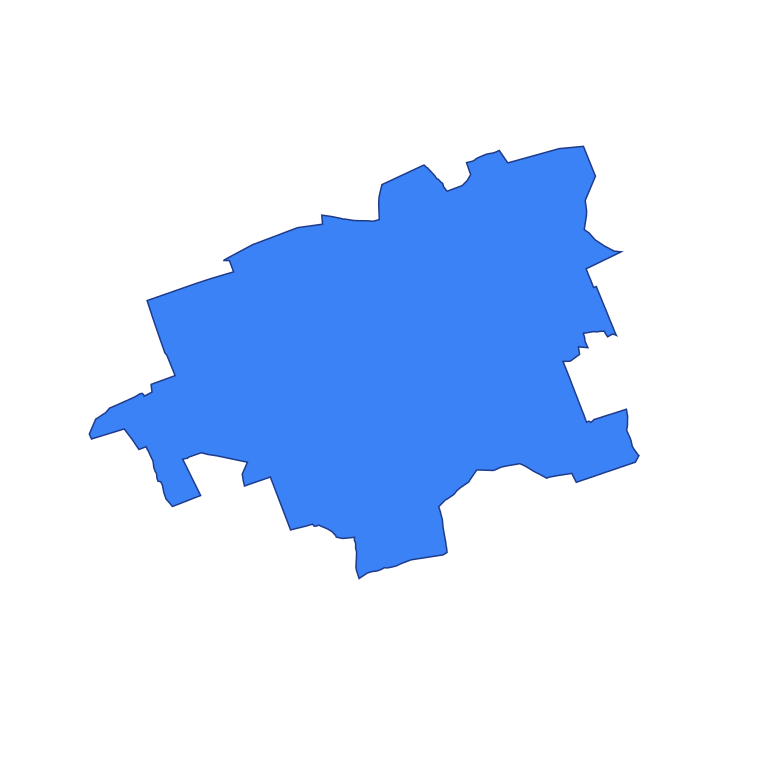 Tunkás, Yucatán, Mexico (Mercator projection), rotated 243°
{"feature_id": "50627088B40114968381237", "entity_name": "Tunkás", "entity_type": "district", "adm_level": 2, "iso_a3": "MEX", "parent_name": "Mexico", "parent_adm1": "Yucatán", "projection": "mercator", "projection_center": [-88.776, 20.896], "detail": "fine", "context": "isolated", "style": "filled", "palette": "blue", "viewbox_px": 768, "rotation_deg": 243, "n_neighbors": 0, "source": "geoboundaries", "source_scale": "gbopen_adm2", "svg_char_len": 5581}
<svg xmlns="http://www.w3.org/2000/svg" viewBox="0 0 768 768"><g transform="rotate(243 384 384)"><path d="M565.7,349.0L567.8,330.2L567.3,304.4L567.1,298.1L566.7,297.5L564.1,302.3L552.2,300.9L556.3,278.9L558.6,264.4L565.9,210.8L546.7,207.8L529.8,205.4L511.3,202.9L508.2,203.6L486.3,201.7L489.4,176.3L482.1,173.6L482.0,164.8L483.5,165.0L485.4,164.3L486.1,162.3L485.6,156.2L486.8,132.7L487.1,128.5L486.1,126.2L485.0,123.3L484.7,122.4L484.5,119.4L483.9,115.2L483.6,111.2L473.2,98.7L467.8,98.4L461.9,132.1L449.2,134.4L436.9,135.9L436.1,143.6L432.7,143.3L431.7,143.6L423.4,143.2L420.9,143.3L419.4,142.9L413.8,140.9L410.0,140.4L407.4,140.6L403.0,138.9L400.0,138.5L398.3,140.7L394.3,140.6L391.6,139.8L387.1,138.5L380.6,137.6L370.9,139.9L367.9,170.0L408.4,170.5L407.1,175.3L407.5,176.7L406.9,181.3L405.7,190.0L401.1,195.2L395.8,202.6L376.3,226.8L368.1,216.8L361.4,214.6L356.4,213.4L356.1,216.0L352.7,240.5L296.4,234.5L292.4,251.8L292.2,253.6L291.7,255.4L291.5,256.7L288.9,257.3L288.0,259.7L287.9,261.8L285.7,263.5L280.5,267.9L277.6,269.7L275.6,270.9L273.3,271.4L271.0,272.1L269.2,272.0L265.2,276.9L261.4,286.5L260.8,288.2L260.2,287.8L258.5,286.7L254.8,286.4L250.5,284.1L247.0,283.4L244.4,282.0L240.6,279.9L233.7,275.9L231.2,275.0L222.0,273.5L223.0,281.9L223.1,283.5L222.3,288.3L221.0,291.6L220.5,293.3L220.3,295.1L220.1,296.9L220.0,298.8L220.2,300.7L219.2,302.5L218.4,304.0L217.0,309.3L216.3,312.7L216.2,317.8L215.3,325.5L215.1,328.1L204.9,359.2L205.3,363.7L209.6,365.4L211.5,365.8L215.1,367.2L222.2,369.3L229.3,371.5L236.6,374.4L244.7,376.2L249.9,377.1L252.9,386.2L252.8,388.0L253.9,396.3L255.7,400.1L255.8,400.3L257.0,405.4L258.2,415.0L259.5,417.0L262.3,422.1L265.3,427.7L257.4,442.0L257.0,443.9L256.8,450.4L255.6,455.1L251.4,468.7L250.5,469.6L247.2,472.2L246.3,472.8L245.4,473.4L244.9,473.7L242.0,475.5L241.5,475.8L240.1,476.6L239.1,477.2L238.1,477.9L235.0,480.0L234.0,480.9L232.1,482.2L231.1,482.9L230.3,483.4L228.0,485.0L226.2,486.2L226.2,486.8L226.0,489.0L225.3,491.3L224.9,492.7L224.2,494.9L224.0,495.8L223.2,498.3L222.9,499.0L222.7,499.7L221.7,502.8L221.2,504.3L220.9,505.1L220.2,507.2L220.0,508.0L219.6,509.0L219.1,510.8L217.3,510.7L214.6,510.7L209.1,510.7L208.9,512.3L208.2,517.1L208.1,517.9L207.4,522.4L207.1,524.8L206.4,529.3L206.0,532.6L205.8,533.7L205.6,535.3L205.4,536.0L205.3,537.7L205.1,538.6L204.9,539.9L204.8,540.8L204.8,541.0L204.7,541.7L204.6,542.5L204.3,544.2L203.9,547.0L203.6,549.2L203.3,550.8L202.9,553.9L202.7,555.5L202.3,558.5L202.0,559.7L201.8,561.8L201.5,563.7L201.1,566.6L201.0,567.1L200.4,571.2L200.2,572.5L202.7,576.0L204.1,578.1L204.5,578.7L205.7,578.1L206.1,578.0L208.1,577.9L208.7,577.8L210.1,577.5L210.9,577.4L212.2,577.2L214.7,577.0L215.8,577.0L216.9,577.2L218.6,577.7L221.0,578.3L223.5,578.7L224.9,578.8L226.1,578.8L228.6,579.0L231.2,579.1L232.0,579.1L233.1,579.5L234.9,580.9L236.4,582.0L236.7,582.2L238.6,583.2L240.0,583.9L241.0,584.4L243.7,586.0L245.4,586.7L248.2,587.4L248.9,587.8L251.5,588.5L252.0,585.6L252.5,581.9L253.0,579.3L253.5,575.7L253.9,574.1L253.9,573.6L254.0,572.9L254.5,570.2L254.7,568.9L255.6,563.4L256.1,560.1L256.7,556.8L256.7,555.9L257.0,555.2L255.8,551.0L257.8,549.8L258.1,547.1L259.7,547.3L260.5,547.4L262.6,547.6L265.8,548.1L267.4,548.2L268.0,548.2L269.2,548.4L271.9,548.6L272.4,548.7L275.4,549.0L277.6,549.2L280.1,549.5L280.5,549.5L283.7,549.9L286.4,550.1L287.9,550.3L288.4,550.3L292.2,550.7L295.3,551.0L298.9,551.4L300.8,551.6L303.2,551.9L305.0,552.1L315.6,553.1L322.9,553.7L320.3,559.1L319.8,560.8L321.3,569.4L321.2,570.2L321.5,570.9L321.6,571.7L328.8,574.1L323.8,582.2L325.7,582.2L328.3,582.4L329.9,582.5L331.1,582.6L333.3,583.5L335.5,584.1L338.1,584.4L338.7,584.5L338.2,586.0L337.8,587.2L337.0,589.8L336.7,591.2L336.5,591.5L335.9,593.4L335.2,595.2L333.9,597.0L333.2,599.2L332.8,600.4L332.1,601.9L330.9,604.3L329.8,604.2L328.4,604.2L326.5,604.4L324.5,604.7L324.6,606.7L324.7,607.4L324.7,609.6L324.6,610.5L324.0,611.1L323.1,612.1L322.7,612.5L321.9,613.1L322.9,613.1L324.5,613.2L327.1,613.4L331.2,613.8L332.4,613.9L335.0,614.1L339.4,614.4L343.1,614.8L344.8,614.9L347.7,615.2L350.6,615.4L354.1,615.7L357.0,615.9L358.0,616.0L361.4,616.3L363.7,616.5L366.2,616.7L370.0,617.0L371.3,617.1L373.7,617.4L374.5,617.4L374.7,615.8L374.8,614.6L375.3,614.6L378.2,614.9L380.3,615.1L383.3,615.4L384.9,615.5L387.5,615.7L388.5,615.8L390.2,615.9L392.2,616.2L393.0,616.2L394.9,616.4L394.6,628.8L394.1,655.3L397.9,649.4L399.4,648.4L401.3,647.0L403.8,645.3L406.5,643.3L416.5,637.6L419.9,636.7L425.8,635.2L427.9,633.9L430.8,632.6L442.4,641.0L446.2,643.1L456.2,646.6L459.3,650.3L470.2,663.2L473.2,666.8L476.3,667.0L505.2,669.6L514.1,647.2L514.2,646.9L516.7,634.5L524.8,594.7L527.8,594.3L539.8,592.7L539.9,589.0L540.3,586.3L540.7,584.8L541.4,582.7L542.3,579.4L542.6,575.5L542.9,571.1L542.9,568.3L542.4,566.9L542.3,564.4L543.1,560.8L543.8,558.0L532.2,556.4L531.2,556.3L527.4,550.3L525.3,543.8L527.1,527.8L528.0,527.5L528.6,527.4L529.2,527.3L531.1,527.0L533.1,526.7L534.1,527.0L536.1,527.3L537.0,527.0L537.9,526.3L538.7,526.1L539.8,525.9L540.5,525.6L541.6,525.4L542.1,524.8L543.3,524.2L544.1,524.0L544.8,523.9L545.6,523.9L546.1,523.9L547.5,523.5L549.1,523.1L551.5,522.4L552.6,522.1L554.1,521.6L555.5,521.2L556.5,521.0L556.9,520.8L557.4,520.4L558.1,520.1L558.7,519.7L559.8,519.6L560.3,519.4L560.9,519.0L561.0,518.3L561.1,516.2L562.6,472.7L557.0,467.9L552.9,464.5L547.6,461.4L532.6,454.4L533.4,450.9L534.0,448.1L535.4,445.8L536.7,443.8L540.9,435.8L543.4,431.3L548.9,423.8L549.3,422.4L550.1,422.0L556.6,413.9L561.9,406.4L562.1,406.1L562.7,405.2L554.3,401.8L562.5,378.1L563.4,370.4L565.7,349.0Z" fill="#3b82f6" stroke="#1e3a8a" stroke-width="1.5"/></g></svg>